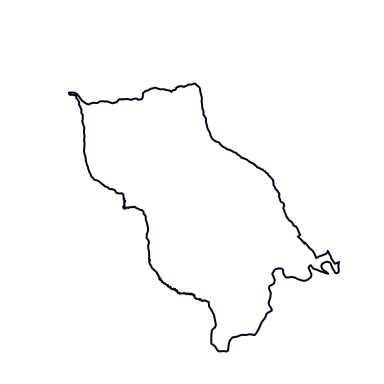 Belin, Covasna, Romania (Robinson projection), rotated 234°
{"feature_id": "2599482B25524840446073", "entity_name": "Belin", "entity_type": "district", "adm_level": 2, "iso_a3": "ROU", "parent_name": "Romania", "parent_adm1": "Covasna", "projection": "robinson", "projection_center": [25.628, 45.924], "detail": "fine", "context": "isolated", "style": "outline", "palette": "ink", "viewbox_px": 384, "rotation_deg": 234, "n_neighbors": 0, "source": "geoboundaries", "source_scale": "gbopen_adm2", "svg_char_len": 6014}
<svg xmlns="http://www.w3.org/2000/svg" viewBox="0 0 384 384"><g transform="rotate(234 192 192)"><path d="M278.7,257.1L278.7,256.2L279.2,254.8L280.9,252.4L281.0,250.5L281.7,248.4L281.6,247.7L282.0,247.1L282.5,246.9L282.9,246.3L284.2,245.3L284.9,244.1L284.8,243.1L285.5,242.6L285.5,240.3L284.8,239.8L284.6,238.2L284.7,237.8L285.1,237.6L285.5,236.6L285.1,234.3L287.0,233.6L288.1,232.7L290.0,230.8L291.4,230.0L292.3,228.9L293.3,227.0L297.8,223.7L298.5,222.7L298.8,221.4L299.9,219.1L299.9,216.8L300.9,213.9L301.0,213.1L300.8,210.9L300.5,210.1L299.0,209.1L297.4,207.5L296.8,206.2L296.8,205.5L298.1,202.9L300.5,201.8L301.8,199.0L302.2,197.2L305.3,194.2L306.4,192.4L307.4,191.1L307.7,189.9L308.7,189.2L309.7,187.9L309.5,186.2L308.9,184.1L309.4,183.1L309.5,182.0L310.2,181.1L310.6,179.7L315.4,176.4L315.8,175.8L316.0,175.0L316.8,174.4L319.0,171.6L319.6,170.0L319.5,168.4L319.8,167.4L322.1,164.8L323.4,161.2L323.5,159.9L324.0,159.4L326.9,157.8L328.1,157.6L330.4,156.7L336.7,156.7L338.9,156.4L340.7,155.6L341.6,155.1L343.4,152.9L344.5,151.2L344.5,150.8L343.8,150.7L343.2,150.1L342.4,150.4L341.8,150.9L342.0,151.3L341.7,151.6L338.7,154.4L337.8,154.8L336.0,153.6L334.0,153.8L331.9,153.6L331.0,153.4L328.9,151.9L327.0,151.7L323.6,151.0L321.1,149.0L318.7,148.9L316.9,147.8L314.5,145.9L313.8,144.7L313.3,144.5L307.2,142.6L304.6,140.2L302.8,139.0L301.3,138.6L296.6,134.6L295.6,134.4L294.1,133.4L288.2,128.4L286.9,128.0L285.0,126.9L283.4,126.8L280.3,124.8L275.4,122.8L273.5,122.6L272.2,121.8L270.1,121.3L268.8,120.7L267.5,120.7L263.3,119.7L261.8,120.2L259.7,120.1L258.3,121.0L257.2,122.1L255.8,122.8L249.0,124.7L248.0,124.7L245.8,126.4L243.2,127.0L241.9,128.0L241.8,128.4L240.9,129.3L239.6,130.3L238.4,130.6L235.7,130.4L233.1,132.7L232.4,133.7L232.5,134.3L231.1,134.9L230.1,134.9L227.3,133.1L226.4,133.2L226.2,132.4L225.8,132.2L224.9,132.3L224.3,132.7L223.9,132.6L223.3,131.7L223.7,131.2L222.0,130.0L221.2,129.8L220.5,129.3L219.7,129.0L219.6,128.5L220.6,128.0L220.4,127.5L218.6,127.2L217.6,128.8L217.7,129.7L217.5,130.5L216.4,131.3L216.5,132.3L215.8,133.5L215.8,134.0L215.1,134.4L214.3,135.3L214.1,135.9L213.9,136.9L211.5,137.6L210.0,138.7L208.0,139.6L206.6,140.9L204.7,141.2L202.3,140.0L201.3,140.4L200.2,140.4L198.7,139.7L197.3,138.6L192.5,136.9L189.1,135.4L186.8,134.0L184.5,130.8L181.9,128.4L181.5,128.2L178.8,128.3L176.6,127.7L174.3,124.9L171.1,123.0L167.9,121.6L166.6,120.5L164.7,119.5L163.7,118.3L162.7,117.5L161.6,118.0L160.7,116.4L158.4,115.5L156.2,115.6L155.2,115.1L152.9,115.0L152.2,115.4L148.9,115.9L148.5,116.2L148.1,116.0L146.9,116.1L146.2,115.7L145.4,116.0L144.2,115.9L143.2,115.2L142.0,115.6L141.7,115.5L141.4,114.8L140.9,114.5L140.4,115.1L139.7,115.4L139.5,115.2L139.4,114.7L137.9,115.4L136.9,114.8L135.7,115.7L134.7,115.6L134.5,116.0L131.4,117.1L131.0,117.6L130.7,117.2L130.3,117.5L129.7,117.2L129.3,117.2L129.0,117.7L128.1,117.7L128.1,118.5L127.8,118.8L126.8,118.4L125.2,118.7L124.6,119.3L124.5,120.3L123.3,120.3L122.9,120.7L123.0,121.2L121.9,120.9L121.7,121.7L121.3,122.0L120.9,122.0L120.1,121.3L119.2,121.6L118.4,121.3L118.0,121.7L118.3,122.2L118.0,122.4L117.1,122.3L117.0,122.8L116.1,123.6L115.4,125.3L115.1,125.4L114.8,126.0L114.1,126.5L114.2,126.9L112.5,127.7L112.6,128.7L111.8,128.9L111.5,129.8L110.8,129.9L110.5,130.7L109.8,130.9L110.0,131.8L108.7,132.5L108.3,132.4L108.0,132.8L107.6,132.4L107.2,132.4L107.1,133.0L106.7,132.8L106.3,133.0L104.8,132.2L104.3,132.2L102.4,133.3L101.3,134.3L101.1,135.1L100.3,135.0L100.2,135.7L99.7,135.6L99.1,136.2L98.6,135.8L98.3,135.9L98.0,136.4L97.3,136.9L97.1,138.2L96.6,138.9L92.9,140.8L89.5,138.6L84.6,138.3L79.6,137.5L70.7,133.4L70.2,133.0L68.8,130.7L69.0,129.1L68.2,126.7L65.6,124.1L58.5,118.8L57.7,118.6L54.0,119.9L49.1,119.6L47.5,120.0L46.6,120.9L44.6,124.3L42.8,125.9L42.5,127.9L47.3,132.3L49.4,135.1L50.5,138.9L50.2,140.1L48.5,143.5L47.7,146.7L46.7,149.0L44.3,152.1L43.3,154.5L42.4,155.8L41.9,156.4L39.9,157.8L39.5,159.0L40.1,161.1L42.0,165.6L44.9,170.4L46.0,172.8L46.9,176.1L48.1,178.8L49.2,179.8L49.8,182.0L49.1,186.4L49.4,187.0L50.5,187.6L55.3,188.0L56.7,188.5L57.8,189.4L60.5,193.2L63.8,196.3L68.0,197.4L69.4,198.0L70.3,199.4L69.8,202.6L69.9,204.2L70.3,205.3L72.3,207.3L78.4,208.8L78.8,209.1L79.2,209.7L79.8,211.7L80.5,213.1L80.4,214.5L79.5,216.6L78.3,218.6L77.1,219.6L75.2,219.8L72.1,217.9L69.2,217.7L67.9,217.9L67.0,218.5L64.2,223.4L62.1,225.0L59.3,226.4L56.0,228.8L54.2,230.5L53.2,232.8L53.0,234.3L53.1,237.4L53.5,238.5L54.7,239.9L55.8,240.4L62.2,241.8L62.7,242.3L63.1,244.2L63.0,244.8L62.7,245.1L59.3,245.0L57.7,245.7L55.1,247.8L52.6,249.1L45.3,254.4L52.3,252.4L54.0,252.3L55.6,252.8L56.7,253.8L57.1,254.6L57.3,256.6L56.6,259.7L55.1,261.4L53.2,262.1L52.0,262.0L48.3,260.9L42.5,260.4L41.7,260.8L41.1,261.5L40.9,263.0L41.5,264.1L43.3,265.3L45.7,266.6L48.9,269.5L49.9,265.5L51.3,265.4L56.7,265.7L58.5,266.5L60.5,266.5L63.1,267.2L64.2,267.1L63.3,265.6L63.2,264.8L63.5,262.6L65.1,257.0L65.6,253.8L70.3,254.8L73.4,255.1L78.0,254.0L82.7,253.9L85.3,253.3L84.8,252.6L89.0,252.4L93.6,251.5L93.8,254.4L97.0,254.8L99.7,255.6L103.2,255.8L104.3,254.8L105.2,254.6L108.2,255.1L110.4,254.7L111.9,253.9L113.6,254.1L114.6,253.8L115.3,254.1L116.7,253.9L118.2,254.6L122.1,255.3L123.3,256.1L124.9,256.2L125.8,256.9L126.7,258.7L128.7,259.3L129.6,259.2L131.8,258.2L132.8,258.3L137.3,259.8L137.7,260.1L137.9,260.7L139.4,261.6L143.8,261.8L145.0,261.3L147.5,262.0L149.6,262.0L151.1,262.8L151.4,263.4L154.3,264.6L161.5,263.7L162.7,264.1L163.8,263.3L166.0,263.1L167.1,262.6L168.5,262.4L169.6,261.5L171.6,260.7L173.7,259.3L174.8,259.4L175.8,259.0L178.3,258.6L182.0,256.5L186.2,255.3L188.1,253.9L189.3,253.5L190.4,252.3L193.6,251.8L195.8,250.9L198.2,250.5L199.5,249.2L201.9,248.4L205.1,246.4L206.0,245.4L208.1,244.9L211.0,243.4L215.0,242.9L216.0,243.2L218.9,240.9L223.0,239.7L226.0,239.9L229.4,241.3L233.9,241.8L240.5,244.5L242.9,246.3L244.5,246.7L247.4,246.6L250.9,248.9L253.7,249.5L255.9,251.1L259.7,253.0L261.7,254.9L262.8,255.5L265.4,256.6L266.3,256.8L271.4,259.3L272.3,259.4L275.8,258.7L276.1,258.4L277.6,258.4L278.7,257.1Z" fill="none" stroke="#020617" stroke-width="2"/></g></svg>